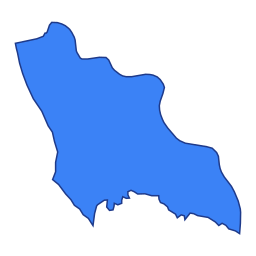 Kangdong, P'yŏngyang, North Korea
{"feature_id": "82179303B54519262383509", "entity_name": "Kangdong", "entity_type": "district", "adm_level": 2, "iso_a3": "PRK", "parent_name": "North Korea", "parent_adm1": "P'yŏngyang", "projection": "albers", "projection_center": [126.182, 39.082], "detail": "fine", "context": "isolated", "style": "filled", "palette": "blue", "viewbox_px": 256, "rotation_deg": 0, "n_neighbors": 0, "source": "geoboundaries", "source_scale": "gbopen_adm2", "svg_char_len": 1632}
<svg xmlns="http://www.w3.org/2000/svg" viewBox="0 0 256 256"><path d="M163.9,86.0L163.3,84.2L160.2,79.6L157.2,76.9L153.0,75.1L149.8,74.5L145.6,74.3L131.6,76.7L126.1,76.7L122.6,75.9L119.6,74.3L114.5,70.3L112.3,67.8L108.7,60.0L106.0,57.5L99.4,57.3L87.7,59.0L82.0,59.0L80.3,58.1L76.9,52.4L76.3,50.7L75.1,40.0L74.2,37.1L71.8,32.5L69.7,29.4L68.2,28.0L65.3,25.7L61.9,24.0L57.4,22.6L51.7,22.4L51.3,22.9L49.5,25.1L47.2,31.9L46.4,33.0L45.0,33.1L43.3,36.3L36.8,38.8L15.4,43.3L16.4,48.5L17.5,52.7L19.6,63.2L22.7,73.6L27.0,85.1L33.3,98.7L41.8,111.2L48.2,125.9L52.4,132.1L54.5,141.5L57.7,152.0L55.6,162.4L55.6,171.8L52.6,179.6L58.7,184.6L65.7,194.0L70.9,199.6L74.4,205.3L79.7,209.0L83.2,214.7L88.4,218.4L91.3,223.0L93.0,225.6L94.6,213.5L96.6,206.0L97.5,204.8L104.3,200.2L107.4,200.0L106.7,207.0L109.5,210.4L113.0,209.9L114.0,206.4L114.3,203.3L117.8,204.8L121.7,203.3L121.7,200.2L122.8,196.7L126.2,198.3L129.4,198.1L127.9,194.8L127.9,191.7L131.0,190.3L134.2,191.7L137.7,194.0L145.0,193.8L151.7,195.7L158.7,195.7L159.0,199.2L160.5,202.5L164.0,203.9L167.5,206.8L168.7,209.9L175.5,214.1L177.3,217.8L181.2,214.9L184.3,215.8L184.9,219.7L190.1,213.1L193.8,213.7L197.6,215.6L208.1,217.4L215.4,222.0L218.8,225.5L222.1,223.3L225.9,225.3L228.8,228.9L235.4,230.9L239.6,233.6L240.4,223.3L240.6,212.3L240.3,209.0L238.2,201.0L234.3,191.7L231.4,186.3L224.2,176.9L221.4,172.0L220.1,168.5L219.3,164.7L218.4,156.3L216.6,152.5L212.2,148.2L206.7,146.7L185.3,143.2L179.7,140.7L176.4,138.2L167.7,128.0L163.9,122.5L162.4,119.3L160.6,114.6L159.6,110.1L159.3,105.7L160.2,101.2L162.9,93.5L164.4,87.5L163.9,86.0Z" fill="#3b82f6" stroke="#1e3a8a" stroke-width="1.5"/></svg>